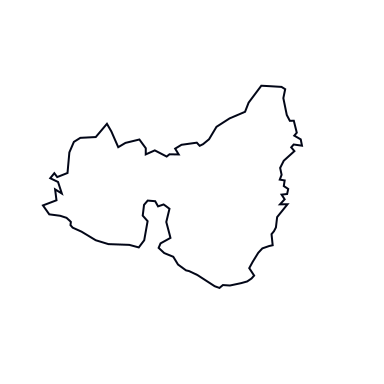 the district of Beaufort, South Carolina, United States of America, rotated 58°
{"feature_id": "52423323B11454809492263", "entity_name": "Beaufort", "entity_type": "district", "adm_level": 2, "iso_a3": "USA", "parent_name": "United States of America", "parent_adm1": "South Carolina", "projection": "orthographic", "projection_center": [-80.723, 32.391], "detail": "fine", "context": "isolated", "style": "outline", "palette": "ink", "viewbox_px": 384, "rotation_deg": 58, "n_neighbors": 0, "source": "geoboundaries", "source_scale": "gbopen_adm2", "svg_char_len": 1521}
<svg xmlns="http://www.w3.org/2000/svg" viewBox="0 0 384 384"><g transform="rotate(58 192 192)"><path d="M138.6,76.9L146.2,96.6L152.1,104.5L149.5,121.1L149.7,136.7L156.3,149.6L157.3,157.3L156.9,161.0L152.7,161.8L146.4,175.9L146.3,183.3L153.1,183.4L148.1,191.1L148.5,194.7L137.0,201.5L135.6,211.3L130.4,208.0L119.6,208.8L115.1,222.4L114.9,230.8L97.9,228.3L89.1,228.0L94.4,244.5L86.9,258.0L86.9,265.6L93.4,275.0L109.9,287.5L107.9,298.4L103.1,298.8L105.2,304.9L112.5,300.3L124.3,303.2L117.2,306.7L127.2,311.3L124.4,325.5L135.3,324.9L142.3,316.4L147.4,312.1L152.1,310.8L153.2,310.6L155.7,312.6L159.0,312.1L167.1,306.7L181.9,299.2L191.9,290.5L203.6,273.2L210.8,266.5L207.6,258.1L193.2,245.1L185.9,246.3L185.3,245.8L177.5,239.5L175.8,234.1L180.3,228.1L186.2,228.4L187.5,222.7L189.6,221.8L194.3,220.0L203.8,229.7L216.1,233.5L219.5,234.6L218.9,245.9L221.7,249.9L229.1,247.9L237.0,242.2L246.1,242.3L255.3,238.6L257.5,236.4L265.3,231.4L283.9,222.7L287.9,219.6L287.3,215.1L291.4,209.4L295.3,198.7L297.1,192.6L296.9,187.4L295.8,183.6L286.9,183.8L283.3,177.4L278.7,168.1L278.6,167.8L277.1,162.2L278.7,155.2L279.9,151.8L269.9,146.9L268.7,143.3L266.5,139.6L258.4,133.1L253.0,117.5L249.1,123.9L247.3,117.3L241.7,117.4L244.1,112.4L240.4,108.8L235.6,111.0L231.3,107.3L228.0,111.0L224.9,106.9L218.3,104.5L214.1,97.6L211.6,83.5L206.7,84.2L205.6,80.6L211.0,74.2L205.0,71.9L198.4,75.4L197.2,71.7L185.5,67.9L183.5,71.3L176.9,70.8L160.8,64.8L154.2,58.5L150.3,60.4L143.1,70.5L138.6,76.9Z" fill="none" stroke="#020617" stroke-width="2"/></g></svg>